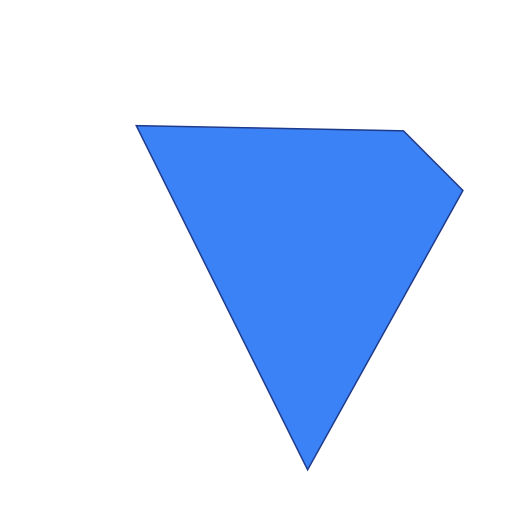 SVG path tracing the border of Rose Atoll, rotated 24°
{"feature_id": "ASM-5000", "entity_name": "Rose Atoll", "entity_type": "state/province", "adm_level": 1, "iso_a3": "ASM", "parent_name": "American Samoa", "parent_adm1": "", "projection": "mercator", "projection_center": [-168.164, -14.526], "detail": "fine", "context": "isolated", "style": "filled", "palette": "blue", "viewbox_px": 512, "rotation_deg": 24, "n_neighbors": 0, "source": "natural_earth", "source_scale": "10m", "svg_char_len": 228}
<svg xmlns="http://www.w3.org/2000/svg" viewBox="0 0 512 512"><g transform="rotate(24 256 256)"><path d="M390.1,430.3L93.6,185.6L339.8,81.7L418.4,112.0L390.1,430.3Z" fill="#3b82f6" stroke="#1e3a8a" stroke-width="1.5"/></g></svg>